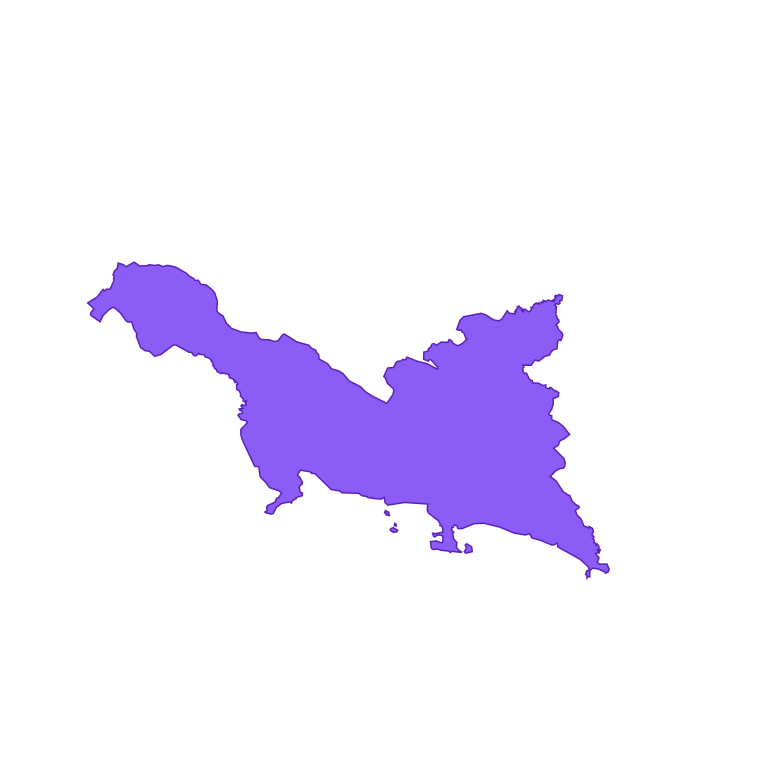 Sikao, Trang, Thailand (Robinson projection), rotated 304°
{"feature_id": "78962969B32337273254454", "entity_name": "Sikao", "entity_type": "district", "adm_level": 2, "iso_a3": "THA", "parent_name": "Thailand", "parent_adm1": "Trang", "projection": "robinson", "projection_center": [99.375, 7.613], "detail": "fine", "context": "isolated", "style": "filled", "palette": "violet", "viewbox_px": 768, "rotation_deg": 304, "n_neighbors": 0, "source": "geoboundaries", "source_scale": "gbopen_adm2", "svg_char_len": 6167}
<svg xmlns="http://www.w3.org/2000/svg" viewBox="0 0 768 768"><g transform="rotate(304 384 384)"><path d="M556.9,482.7L556.1,479.2L554.5,478.9L553.4,476.6L551.9,476.9L552.2,478.5L547.9,477.1L548.4,478.6L547.2,478.5L545.3,472.9L543.2,472.7L542.5,469.8L542.1,470.5L541.6,469.5L540.5,470.2L540.2,468.8L537.5,468.4L536.9,467.3L537.8,466.8L536.2,466.3L536.3,464.8L533.3,463.9L530.4,464.3L529.7,463.0L529.1,464.1L527.1,464.6L524.7,463.5L524.9,458.9L524.0,458.1L522.8,459.0L522.9,457.7L521.6,458.6L521.9,457.0L523.8,456.0L523.4,454.0L524.3,452.8L522.8,451.3L520.9,452.4L518.8,451.8L517.8,453.0L516.9,452.0L515.4,453.5L512.7,448.2L513.6,445.2L503.5,445.4L500.6,443.8L498.5,439.2L498.2,429.6L496.9,425.0L484.3,412.4L479.1,411.5L469.9,413.7L470.5,416.5L471.6,416.9L471.9,418.2L470.8,419.3L470.9,421.9L467.3,426.8L467.8,427.7L461.2,426.3L456.9,423.8L456.3,418.8L457.6,416.0L457.3,413.2L454.2,413.6L450.8,408.1L445.5,405.9L445.4,402.9L444.2,401.6L440.3,401.9L438.3,401.1L435.9,402.1L432.7,399.2L426.7,403.0L427.7,407.8L430.0,408.3L430.3,409.7L427.8,419.6L426.1,419.3L424.9,408.7L421.5,398.9L419.1,388.0L416.1,388.3L414.7,385.7L412.3,385.2L411.0,383.0L408.9,382.0L402.9,382.6L399.3,378.1L390.1,379.6L389.6,382.0L386.4,386.6L385.3,394.5L383.7,396.0L380.1,397.3L369.6,397.2L367.4,381.1L367.3,372.6L368.6,366.3L367.1,353.5L369.7,343.8L369.5,338.9L367.3,332.1L369.3,325.5L368.4,316.3L372.0,313.2L372.3,310.5L373.9,308.5L373.1,304.0L374.1,299.8L370.2,288.4L369.7,273.4L368.2,272.4L360.5,271.9L357.8,269.1L356.4,264.1L352.1,257.1L352.6,254.0L355.1,249.3L351.8,245.1L347.3,236.6L344.8,226.5L346.3,219.2L350.3,212.7L350.3,207.2L351.3,204.3L359.3,199.7L364.8,192.9L366.0,189.0L366.7,181.3L364.2,176.4L366.1,172.1L364.1,169.0L365.0,167.4L364.5,162.7L365.3,158.4L364.4,145.8L361.4,138.3L357.7,135.1L356.7,130.3L354.3,128.1L351.5,122.4L349.8,121.7L345.2,115.4L345.4,108.8L337.0,104.6L337.1,100.9L335.6,96.0L330.8,98.2L326.7,97.3L322.8,98.4L322.7,99.9L319.9,101.0L319.3,102.2L309.5,103.9L307.3,100.8L304.6,100.1L305.3,98.2L295.7,97.5L285.5,93.0L284.3,101.2L278.7,101.1L277.0,102.7L276.8,113.8L283.4,112.8L291.4,114.3L296.0,116.2L296.4,119.5L295.5,125.9L292.0,135.1L292.1,136.8L294.3,140.3L289.7,145.9L287.8,150.6L285.2,151.9L278.1,161.8L278.0,167.4L279.9,171.0L278.8,178.5L283.7,182.5L298.1,187.4L299.9,189.2L301.2,204.2L302.6,207.1L301.4,210.0L301.7,211.8L304.2,213.2L305.7,213.0L305.7,215.0L307.6,218.4L306.5,220.5L307.6,224.2L307.4,227.8L306.4,227.7L305.6,230.9L303.6,231.7L303.5,233.3L302.1,235.0L302.3,237.3L301.0,238.5L301.5,243.2L302.7,243.8L305.2,249.7L302.8,252.4L304.0,257.1L302.8,257.6L303.5,259.1L301.9,259.5L303.0,260.8L302.4,263.0L301.0,262.2L297.2,264.9L297.4,268.0L295.1,271.2L293.7,271.6L293.0,275.6L291.2,276.5L291.3,278.3L293.0,279.2L290.6,279.8L289.5,281.5L287.8,279.9L287.7,278.1L286.0,277.6L284.9,280.7L282.4,277.9L281.6,279.2L282.1,281.8L280.5,282.9L278.0,280.4L276.4,280.5L274.6,285.6L276.4,290.0L275.8,292.4L266.4,290.7L261.9,293.7L258.0,298.5L243.4,322.9L245.5,326.4L238.5,332.6L237.5,334.7L236.4,340.6L234.1,347.0L236.8,357.2L236.5,359.9L231.2,360.2L229.0,358.9L225.2,359.8L218.0,355.4L215.9,355.8L213.9,357.9L211.2,356.9L211.1,358.0L213.2,363.4L214.6,364.6L221.4,363.8L227.7,365.9L233.3,371.5L233.5,373.8L236.0,373.2L240.0,375.3L241.0,374.9L245.7,378.7L248.0,377.3L247.6,374.9L250.6,371.8L252.6,371.1L255.1,372.1L256.6,371.6L259.6,366.5L260.1,363.1L265.9,362.9L269.9,371.9L269.5,373.9L271.1,376.9L267.0,399.4L270.6,407.0L270.3,409.9L279.4,424.5L279.0,427.9L281.0,432.4L280.8,434.1L284.5,441.7L287.0,445.9L290.1,447.7L286.3,451.1L285.8,454.9L297.5,467.6L308.9,487.3L303.6,490.4L301.9,493.0L301.0,505.7L299.3,509.0L298.0,509.4L298.5,511.7L296.1,514.4L294.0,515.5L289.1,510.8L287.4,507.7L285.4,510.4L285.7,511.7L288.7,512.8L290.3,515.6L290.8,517.6L288.9,519.4L285.6,521.1L284.5,520.7L283.1,515.0L279.3,510.7L274.4,515.0L274.2,517.0L277.2,520.9L278.0,524.2L281.7,531.0L281.4,533.3L283.1,533.6L287.6,542.2L288.2,542.0L287.9,539.9L289.0,535.4L293.3,533.1L294.4,528.7L298.1,524.7L300.2,524.7L300.5,521.9L302.8,520.4L303.7,521.5L306.3,521.2L307.3,523.4L305.5,526.2L307.8,529.6L318.7,536.9L324.6,545.0L330.0,559.7L333.4,575.8L337.9,585.7L341.4,588.4L339.1,592.7L341.9,601.2L344.4,613.3L345.9,615.0L348.7,616.3L348.6,617.3L346.4,618.7L346.2,620.2L348.3,644.4L346.7,655.6L344.7,658.3L342.5,656.6L338.9,657.6L338.8,659.2L336.8,660.7L338.3,660.6L339.2,662.5L344.4,658.9L348.0,660.0L350.4,665.0L351.6,672.4L351.0,673.3L353.5,675.0L356.2,674.4L359.4,669.6L355.2,663.3L355.2,660.6L360.2,659.4L361.6,654.3L362.8,654.6L364.1,656.8L367.5,656.0L367.2,655.2L365.4,655.7L365.1,654.6L365.9,653.8L368.3,654.0L369.6,652.8L370.5,650.4L369.0,650.0L370.6,648.6L369.7,647.1L372.3,645.3L372.6,643.8L374.5,643.7L375.1,642.5L374.4,641.6L376.7,640.1L378.1,640.6L380.9,637.8L380.4,633.6L378.8,634.6L378.8,631.2L377.9,629.4L382.3,622.8L383.3,617.1L386.4,613.2L390.7,615.0L391.7,613.3L391.2,611.0L392.1,605.5L395.5,600.3L394.8,598.4L395.0,592.5L399.9,580.8L400.2,573.6L408.1,574.9L412.2,577.2L414.6,579.9L416.2,580.0L419.7,578.6L422.8,574.9L425.6,560.5L430.7,562.7L435.1,561.6L439.6,564.1L445.9,566.1L449.2,555.8L449.5,549.7L448.2,542.9L451.5,540.8L450.5,538.4L451.7,537.2L457.0,537.1L462.2,535.4L466.3,532.5L471.2,535.5L474.5,533.7L474.5,529.8L473.7,528.6L474.5,524.7L473.6,523.4L472.6,523.9L471.3,520.9L471.8,519.6L473.7,518.8L471.5,516.4L471.2,511.9L468.0,506.5L469.5,505.4L469.2,501.9L472.7,496.0L471.2,494.5L472.3,492.1L474.7,490.4L476.2,490.6L477.2,488.5L481.8,495.5L488.3,495.7L489.7,499.6L497.0,501.9L500.4,505.0L504.5,504.6L507.6,505.5L509.8,507.7L516.6,504.1L518.5,504.4L519.0,506.3L524.2,505.1L526.0,502.9L526.9,497.7L528.7,496.0L528.7,493.6L533.4,494.4L534.9,492.9L535.2,490.8L537.1,489.1L537.0,488.0L544.8,483.5L544.8,481.3L546.9,481.7L547.6,484.1L549.3,484.7L551.4,483.1L552.7,484.7L556.9,482.7ZM298.0,547.8L297.8,541.9L295.8,541.4L294.1,544.1L289.8,544.3L289.5,546.3L294.3,550.9L298.0,547.8ZM270.4,477.1L270.1,472.1L268.1,470.6L266.3,470.7L266.2,474.5L268.6,477.3L270.4,477.1ZM279.9,455.9L277.5,456.5L277.9,457.9L276.6,458.8L277.9,462.0L280.3,459.7L279.9,455.9ZM273.2,473.6L274.6,472.1L274.5,470.8L272.3,471.9L273.2,473.6Z" fill="#8b5cf6" stroke="#5b21b6" stroke-width="1.5"/></g></svg>